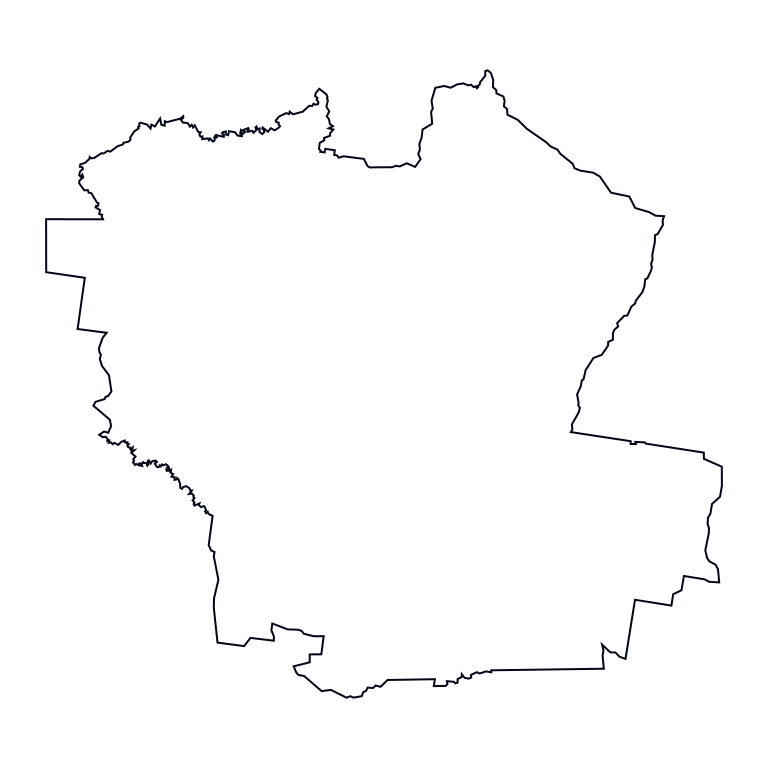 Southern Grampians, Victoria, Australia (Natural Earth projection)
{"feature_id": "25037944B54836880156068", "entity_name": "Southern Grampians", "entity_type": "district", "adm_level": 2, "iso_a3": "AUS", "parent_name": "Australia", "parent_adm1": "Victoria", "projection": "natural_earth1", "projection_center": [141.808, -37.53], "detail": "fine", "context": "isolated", "style": "outline", "palette": "ink", "viewbox_px": 768, "rotation_deg": 0, "n_neighbors": 0, "source": "geoboundaries", "source_scale": "gbopen_adm2", "svg_char_len": 6048}
<svg xmlns="http://www.w3.org/2000/svg" viewBox="0 0 768 768"><path d="M664.1,216.2L655.6,215.7L649.3,212.2L635.2,208.0L629.3,196.5L611.0,192.7L599.9,176.6L593.4,172.7L580.3,170.6L574.5,168.2L572.7,163.8L560.6,154.0L557.4,149.6L550.5,146.4L546.3,142.3L526.9,128.8L517.7,119.8L507.4,114.7L507.1,109.1L503.9,106.3L504.6,100.8L503.4,96.5L496.5,93.4L496.2,90.0L492.9,87.1L493.2,79.8L490.8,72.8L487.6,70.3L485.3,71.2L485.2,75.8L480.3,81.9L479.4,85.1L477.2,86.1L478.0,87.2L476.9,88.3L475.7,86.4L473.7,87.1L471.1,84.7L468.3,85.4L463.3,83.4L457.4,84.3L450.6,87.7L444.2,86.0L435.3,87.8L431.5,100.9L432.8,108.5L431.1,111.9L432.2,123.7L422.6,129.5L421.6,137.7L419.4,143.8L419.9,149.7L418.2,153.9L420.6,159.1L415.2,166.9L406.8,163.3L399.8,166.4L395.6,165.8L392.4,167.2L369.8,167.4L367.6,166.2L363.9,158.9L343.5,156.3L338.7,157.7L336.9,155.3L334.2,154.9L334.8,150.2L325.2,148.9L324.7,152.4L320.3,151.8L320.7,150.8L319.0,148.9L319.7,142.9L324.2,140.3L324.0,138.0L330.1,135.7L330.1,133.3L333.3,129.5L328.7,128.3L332.9,126.2L329.9,124.0L328.9,118.9L326.8,116.4L329.2,111.3L326.4,106.6L327.9,100.3L326.9,98.5L327.5,97.1L326.4,94.4L319.3,88.8L315.9,92.8L315.0,96.0L317.5,98.1L316.6,99.6L318.4,102.1L318.1,104.0L315.5,104.7L313.5,103.7L312.3,105.9L309.2,105.8L302.7,111.7L293.0,114.3L289.7,111.7L289.1,114.1L286.2,113.1L279.1,116.5L275.7,120.5L276.2,122.0L278.7,122.6L278.7,124.9L280.1,126.2L278.9,127.6L274.7,130.3L270.7,128.2L268.1,131.7L262.6,127.5L262.3,128.8L264.0,129.9L264.3,132.2L262.2,134.1L259.4,131.8L259.6,128.5L257.6,129.1L256.4,126.5L255.5,127.4L256.4,130.1L253.4,132.7L252.3,130.8L247.7,131.8L247.5,130.6L248.8,129.3L248.3,128.0L242.8,130.2L245.1,131.9L243.4,133.6L242.4,133.8L240.8,130.7L240.2,133.6L241.6,134.2L241.9,136.2L237.6,135.6L234.9,132.2L229.1,131.2L228.1,135.2L225.7,134.4L225.9,131.5L222.7,132.2L222.0,133.4L223.9,135.0L223.8,136.8L215.7,135.0L214.7,136.6L216.7,136.3L216.9,137.4L214.6,138.1L214.6,140.5L213.0,141.6L209.9,138.4L208.9,140.2L207.7,138.4L202.2,139.1L202.5,136.4L200.5,136.7L199.3,134.4L200.7,132.3L198.2,131.9L194.7,125.3L193.0,127.5L191.7,124.8L189.9,126.6L187.7,123.1L182.8,122.5L181.0,119.9L183.3,117.8L183.2,116.3L180.5,118.6L167.0,122.1L164.9,121.2L164.6,125.7L161.4,124.8L160.1,118.5L154.9,126.5L151.4,124.6L150.5,128.5L147.2,124.6L140.4,122.7L139.1,123.7L139.5,126.3L138.1,126.9L138.6,128.5L134.2,131.4L130.2,137.6L130.5,139.8L128.4,141.7L123.4,142.8L122.8,144.5L117.6,146.2L110.4,151.6L107.5,150.9L103.6,153.5L101.5,153.2L94.1,158.0L91.3,158.3L89.7,157.0L89.5,158.7L85.2,162.8L80.3,164.4L79.9,166.8L82.3,167.1L82.9,169.0L80.1,171.5L79.2,175.1L80.8,176.9L82.3,174.6L83.3,177.3L79.4,180.6L79.1,183.2L84.4,190.4L87.8,190.1L88.6,192.6L91.3,193.1L97.0,202.6L98.5,203.3L98.1,205.8L96.0,206.0L95.5,207.3L100.0,210.0L99.2,214.0L102.1,214.7L101.5,215.7L103.0,219.3L46.1,219.2L46.2,272.2L84.8,277.8L77.6,329.0L106.6,332.8L102.7,337.7L99.0,348.0L99.3,352.0L100.9,354.6L99.8,358.9L102.0,366.0L109.0,375.3L111.4,391.4L108.0,396.1L105.6,396.8L104.6,399.1L95.6,401.8L93.4,405.7L109.9,419.8L111.1,426.2L108.2,432.7L104.1,431.5L99.2,434.8L102.8,437.2L105.7,436.7L107.8,439.4L107.3,440.7L109.2,440.4L108.6,442.8L110.7,442.3L112.7,444.2L114.1,442.9L117.9,444.5L117.6,445.5L121.2,441.9L124.7,440.5L124.9,442.4L127.4,442.3L127.1,443.6L128.7,444.1L127.4,445.7L128.1,447.0L129.9,447.6L130.3,449.1L132.6,447.5L131.6,450.9L134.2,450.2L131.4,453.0L135.5,456.5L133.3,459.2L133.9,461.3L133.0,462.4L135.1,465.0L136.2,464.0L138.8,465.2L138.9,463.6L140.3,463.4L140.6,465.6L142.2,466.0L141.6,464.1L142.9,462.9L142.6,461.5L143.8,463.0L146.5,463.1L147.3,465.6L148.2,464.6L147.8,460.8L148.9,460.4L150.6,463.6L152.0,461.4L153.8,460.7L155.6,461.9L155.9,460.9L156.9,461.9L154.8,463.7L157.1,467.1L160.2,466.7L159.9,465.4L161.2,465.8L162.0,464.4L163.4,465.4L165.8,464.2L167.6,465.5L168.3,466.5L167.3,467.4L168.9,467.5L169.4,469.1L166.4,469.7L166.8,470.9L168.3,470.2L169.5,471.3L171.0,470.0L170.7,472.8L173.2,474.1L171.5,476.7L174.7,477.3L174.5,479.9L177.1,479.2L177.2,478.1L178.3,478.9L180.1,483.7L180.3,488.0L182.2,488.8L182.8,487.3L186.0,486.1L189.4,488.1L190.2,490.3L191.9,490.5L189.1,494.0L192.0,493.6L193.8,495.7L193.4,497.0L194.4,498.1L192.6,500.3L194.5,502.6L193.6,504.1L194.5,505.6L199.4,503.5L198.8,504.9L200.9,507.1L204.0,506.1L205.1,507.6L206.0,510.4L205.0,511.5L206.1,513.2L207.7,511.8L208.7,514.0L212.6,515.9L208.7,545.2L211.2,550.4L214.5,552.0L213.8,556.3L218.4,579.8L214.0,598.5L213.8,607.7L217.5,642.6L244.2,646.1L250.4,637.9L273.8,640.7L273.9,636.4L271.4,630.4L272.3,623.5L287.7,629.4L298.0,629.7L301.6,630.9L303.8,633.7L313.6,636.2L323.7,636.2L321.3,654.3L309.7,654.4L309.7,662.3L293.7,666.3L296.2,672.4L298.5,675.0L304.1,676.0L321.6,691.1L330.9,689.9L346.6,697.7L350.2,696.2L353.5,697.6L361.7,696.2L363.3,692.2L366.1,690.8L367.7,687.6L373.1,688.0L375.6,685.5L380.6,686.8L387.5,680.0L434.9,679.2L433.8,686.1L445.7,685.9L447.4,684.2L446.9,681.2L453.9,681.8L455.3,683.4L457.6,682.6L457.6,679.0L461.6,677.2L461.8,674.2L464.7,677.9L468.9,678.6L471.2,677.5L471.0,674.9L476.8,672.2L479.5,673.5L486.1,671.4L491.3,672.3L491.3,670.3L604.7,668.7L603.7,668.3L602.6,655.2L603.5,650.6L602.1,644.6L610.4,652.4L615.5,652.5L619.5,656.7L625.5,658.9L635.0,599.8L671.4,605.6L673.2,594.2L681.5,590.2L683.9,576.0L704.5,579.3L709.2,581.8L719.2,582.4L718.0,569.2L715.6,564.7L709.4,561.4L707.1,558.0L705.3,550.4L708.8,533.2L709.0,528.1L707.6,523.9L708.0,517.6L710.4,513.7L712.0,504.0L720.0,496.8L721.9,485.9L721.8,466.7L703.9,458.8L703.8,452.6L645.7,443.6L644.9,442.4L635.3,441.9L635.9,444.0L630.7,444.0L630.7,441.2L570.9,432.1L572.4,429.4L571.9,424.4L578.5,412.8L579.9,407.9L578.1,404.9L578.7,403.4L577.1,394.5L580.8,386.1L581.9,380.2L583.5,379.4L585.6,370.2L593.5,357.9L601.7,354.9L608.1,345.6L608.2,341.9L612.9,339.8L612.9,333.2L614.4,329.7L618.2,326.4L617.1,323.2L624.2,315.8L627.4,315.5L631.4,306.6L635.2,303.4L635.8,300.7L642.1,292.5L644.4,286.7L645.2,279.2L647.3,278.5L651.1,270.5L651.9,267.0L651.0,264.1L652.5,259.9L652.3,254.6L654.8,242.4L655.0,235.2L657.6,234.1L662.9,225.1L662.7,220.0L664.1,216.2Z" fill="none" stroke="#020617" stroke-width="2"/></svg>